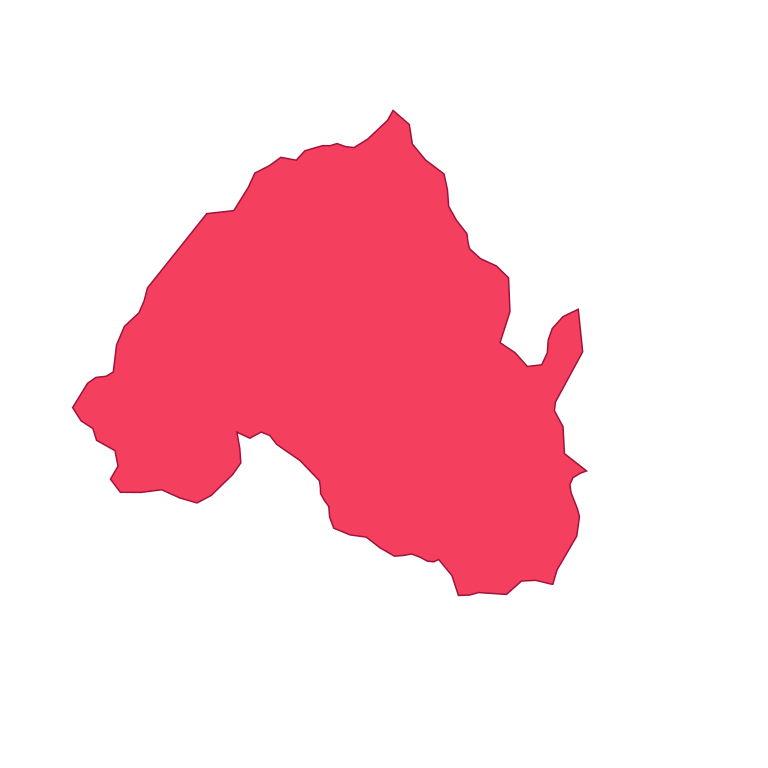 an SVG outline of Shida Kartli, rotated 123°
{"feature_id": "GEO-3039", "entity_name": "Shida Kartli", "entity_type": "Region", "adm_level": 1, "iso_a3": "GEO", "parent_name": "Georgia", "parent_adm1": "", "projection": "mercator", "projection_center": [44.031, 42.172], "detail": "fine", "context": "isolated", "style": "filled", "palette": "rose", "viewbox_px": 768, "rotation_deg": 123, "n_neighbors": 0, "source": "natural_earth", "source_scale": "10m", "svg_char_len": 1599}
<svg xmlns="http://www.w3.org/2000/svg" viewBox="0 0 768 768"><g transform="rotate(123 384 384)"><path d="M346.6,166.8L351.8,170.7L359.5,174.5L367.1,173.3L373.2,168.0L383.3,153.9L388.8,147.8L406.6,139.5L445.8,137.6L460.0,133.3L460.9,135.1L466.0,149.8L474.4,161.4L493.8,166.7L507.4,191.1L514.4,197.3L520.8,206.4L507.6,222.8L501.4,242.6L506.0,245.4L508.9,251.0L509.7,259.9L511.6,268.4L517.0,274.0L522.7,281.5L523.6,298.1L522.1,315.5L529.0,330.2L532.3,347.5L525.3,357.1L516.8,363.6L514.0,370.9L510.4,377.6L505.2,381.1L500.3,385.5L494.0,412.4L493.1,440.8L492.9,441.6L489.4,451.7L491.2,460.8L502.5,467.0L504.5,481.1L510.0,476.0L516.4,470.0L528.2,461.1L542.3,461.6L571.5,468.2L585.6,476.0L586.9,480.4L587.2,481.4L590.8,493.2L593.8,512.9L607.3,528.8L618.4,546.1L612.8,561.6L597.8,562.3L586.4,573.3L587.8,594.4L579.9,603.8L579.9,617.9L573.4,632.3L544.8,633.0L535.4,629.2L528.8,621.2L521.4,617.6L496.8,629.6L477.0,633.1L457.7,628.3L444.8,630.5L432.2,634.7L337.6,625.4L320.4,604.4L292.9,604.9L277.4,607.2L263.4,599.1L250.1,594.0L244.1,579.5L231.5,577.4L217.5,565.3L213.5,559.0L208.0,554.4L205.8,545.4L202.0,537.9L187.6,531.1L161.0,524.6L149.6,525.4L152.6,504.1L167.3,490.9L173.5,471.2L175.2,448.0L186.6,436.5L199.8,426.5L207.3,412.3L212.8,396.3L219.1,391.0L221.5,388.5L221.9,388.1L224.0,385.8L226.3,371.4L223.8,353.9L225.8,344.1L227.1,337.4L235.4,331.5L254.8,317.7L286.1,309.2L286.4,291.1L291.2,273.3L282.0,262.2L269.0,264.0L257.7,270.2L245.8,273.1L230.0,270.6L215.5,261.8L248.8,234.9L305.6,230.4L313.5,226.6L322.4,210.5L344.1,194.8L346.6,166.8Z" fill="#f43f5e" stroke="#9f1239" stroke-width="1.5"/></g></svg>